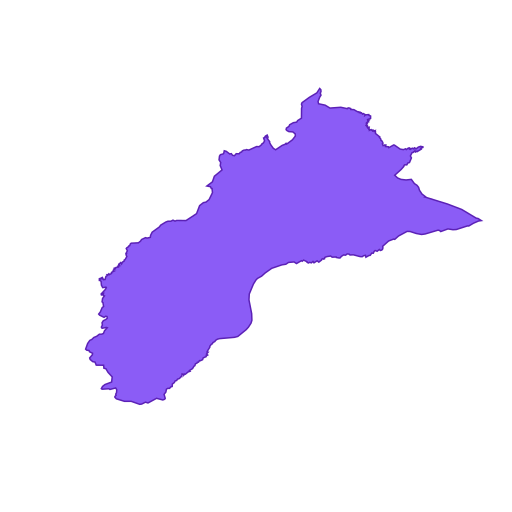 the district of Namtumbo, Ruvuma, United Republic of Tanzania, rotated 54°
{"feature_id": "72390352B4837835329020", "entity_name": "Namtumbo", "entity_type": "district", "adm_level": 2, "iso_a3": "TZA", "parent_name": "United Republic of Tanzania", "parent_adm1": "Ruvuma", "projection": "equal_earth", "projection_center": [36.206, -10.673], "detail": "fine", "context": "isolated", "style": "filled", "palette": "violet", "viewbox_px": 512, "rotation_deg": 54, "n_neighbors": 0, "source": "geoboundaries", "source_scale": "gbopen_adm2", "svg_char_len": 6030}
<svg xmlns="http://www.w3.org/2000/svg" viewBox="0 0 512 512"><g transform="rotate(54 256 256)"><path d="M359.8,52.9L356.2,54.3L354.8,55.6L339.3,62.2L326.4,70.6L307.7,84.6L307.8,84.0L303.4,85.3L298.9,85.1L296.0,84.1L293.4,84.2L290.5,85.3L285.3,85.3L282.7,89.9L279.2,93.7L276.0,95.6L272.2,96.3L271.3,87.7L270.4,83.7L269.7,82.9L269.7,82.0L270.9,80.4L270.0,78.5L270.6,76.9L268.0,72.6L265.8,72.3L264.1,68.9L264.6,68.0L264.3,67.0L264.9,66.3L264.3,65.5L265.6,65.8L265.8,64.2L266.3,64.2L266.7,59.5L265.7,59.4L266.3,57.2L265.8,56.8L264.0,58.4L263.3,60.7L263.4,63.3L261.6,64.2L261.8,65.6L260.6,66.2L260.4,68.7L259.6,69.0L259.4,68.1L258.6,68.4L258.2,69.5L258.2,71.9L257.2,72.0L256.6,74.2L254.3,76.5L247.7,78.8L247.1,79.3L246.4,84.9L245.4,84.7L243.6,86.9L242.7,85.9L242.5,86.6L241.9,86.4L241.4,88.3L239.5,87.8L239.5,87.1L238.7,86.7L236.7,86.5L236.0,87.0L234.8,86.3L232.5,86.4L232.4,85.9L227.1,87.3L225.5,86.2L224.9,86.9L224.5,86.0L223.5,88.1L222.8,87.4L222.1,88.6L221.5,88.5L221.0,90.4L220.3,89.8L219.8,90.2L219.0,89.3L218.5,90.0L218.1,89.0L217.3,90.2L216.2,89.4L216.2,90.1L215.0,90.3L214.2,88.2L213.5,88.7L213.1,88.2L213.6,86.1L212.7,86.3L212.6,85.2L212.1,86.0L211.2,85.6L212.0,82.4L210.1,81.0L208.6,81.9L207.9,81.6L206.3,84.2L206.3,85.3L205.7,84.6L203.9,85.4L203.8,86.4L202.1,86.5L201.7,87.4L201.0,87.2L200.7,88.2L199.8,88.0L199.1,89.0L195.1,90.8L193.2,93.2L192.4,92.7L190.8,93.8L190.3,94.6L190.5,95.5L185.5,100.0L179.8,109.2L174.6,111.4L169.6,115.9L167.5,115.0L165.0,111.2L164.1,108.9L162.1,108.3L161.1,106.7L159.6,105.8L157.9,106.0L159.8,110.9L159.0,119.6L159.0,128.6L159.9,130.0L162.0,130.7L163.4,132.4L171.2,138.2L170.9,142.7L171.6,144.4L170.1,147.4L169.6,151.6L170.5,153.2L170.4,156.2L171.5,157.4L172.8,157.2L174.7,156.3L177.2,153.3L180.2,152.5L182.1,153.7L183.4,158.2L183.5,164.4L183.3,165.6L182.5,165.5L182.7,166.9L181.9,169.8L181.6,177.7L179.1,178.7L175.1,178.7L172.4,178.4L171.5,177.7L168.0,177.8L166.9,176.4L164.7,175.9L164.7,177.3L165.7,177.9L164.6,178.1L165.2,179.6L165.0,180.5L167.9,181.4L168.9,183.6L168.7,185.2L169.2,185.9L169.4,189.2L167.8,191.2L166.1,199.5L164.2,201.3L164.2,202.1L163.3,203.4L162.9,205.3L163.4,206.6L162.9,207.8L163.4,209.5L161.6,211.9L162.2,214.5L160.8,215.8L158.7,215.8L158.0,217.3L153.9,218.5L152.2,219.8L153.9,221.7L154.1,222.6L153.1,225.2L153.7,226.8L156.5,229.4L159.6,229.6L161.8,231.8L166.4,232.9L167.0,242.8L170.4,247.7L170.5,254.6L173.2,252.1L175.1,252.5L175.6,251.9L179.2,254.0L182.8,260.8L183.0,264.8L181.9,267.2L182.1,272.0L186.8,279.2L186.2,291.8L180.6,299.3L180.2,301.0L178.2,302.1L177.8,304.5L176.1,306.8L175.5,309.0L175.0,315.0L175.7,317.1L175.7,326.0L177.3,329.1L178.8,330.5L177.5,333.6L176.2,334.6L175.4,338.9L176.1,340.7L176.2,343.4L172.3,349.4L172.3,350.4L173.4,352.2L173.1,353.0L173.6,354.6L173.4,355.6L173.7,356.6L176.2,357.0L177.5,359.7L178.1,359.4L178.5,360.4L180.5,360.8L182.0,364.1L181.8,364.9L182.7,366.0L182.4,367.6L183.4,369.4L181.8,369.3L182.0,371.2L182.7,371.6L182.1,372.0L182.8,372.8L183.6,372.4L183.1,373.8L184.0,373.9L183.0,375.9L183.4,377.1L182.8,377.1L182.6,377.9L183.6,377.7L183.5,379.6L184.3,380.7L184.7,380.2L184.3,382.6L185.2,383.1L184.9,385.5L183.9,385.5L184.1,386.7L183.6,387.4L184.4,387.4L184.3,389.4L186.3,391.9L185.5,393.3L183.0,392.9L182.9,393.5L184.0,393.9L183.2,394.5L183.2,396.1L182.5,395.4L182.3,396.1L183.7,397.1L184.3,396.4L185.6,396.3L188.7,398.2L191.5,398.6L193.0,395.7L193.7,395.7L194.6,397.9L195.7,403.6L196.6,403.9L196.8,401.5L198.0,402.8L199.2,402.1L200.1,405.0L202.6,407.5L203.7,407.2L207.3,409.0L207.3,410.7L209.8,414.9L210.5,417.4L211.9,417.3L216.3,415.0L216.4,413.0L217.4,412.1L218.9,412.8L219.1,414.7L218.6,417.6L219.5,419.8L221.6,420.9L222.6,422.9L224.0,423.0L225.8,419.1L226.6,418.5L227.4,422.4L229.0,425.0L228.5,426.9L227.2,428.7L227.3,432.1L226.6,435.1L227.0,437.8L226.6,440.1L227.8,443.6L231.2,448.6L232.7,448.3L234.4,446.6L235.6,447.0L238.6,445.4L239.7,446.4L240.7,450.5L242.3,451.0L245.5,450.2L247.2,448.6L250.4,449.4L254.8,443.5L257.4,445.0L259.0,443.7L263.2,444.1L269.3,443.4L273.1,446.9L271.2,453.7L271.3,456.8L272.4,459.1L273.3,458.8L276.9,453.1L278.1,452.6L280.3,447.1L282.4,447.3L284.6,449.2L285.3,450.7L286.4,451.0L286.7,452.7L287.4,453.2L289.5,452.9L296.3,447.8L300.2,442.4L307.6,437.3L308.6,435.5L309.3,431.3L311.4,429.8L312.7,420.1L317.7,416.0L318.2,414.1L317.8,413.1L313.9,411.7L313.1,408.9L311.1,406.8L311.2,405.2L312.3,403.7L311.8,402.1L312.3,400.5L310.4,398.9L310.4,396.5L309.5,394.8L310.1,393.4L309.5,392.0L310.1,389.9L309.5,387.2L309.9,386.9L308.0,385.1L309.2,384.3L309.8,384.5L309.3,383.5L309.9,383.5L310.1,382.5L309.9,379.1L310.5,377.1L309.5,377.2L309.8,373.5L308.7,371.0L308.8,369.9L307.6,368.4L308.0,366.7L307.5,365.9L308.1,364.9L307.4,363.2L308.0,362.7L308.5,360.2L307.4,358.6L308.1,355.5L307.5,355.1L307.7,353.3L306.2,353.7L305.7,351.4L305.1,352.1L304.6,351.7L302.6,346.9L301.9,346.5L301.1,343.8L301.4,342.9L300.7,341.8L301.0,339.5L300.5,338.4L300.6,336.2L301.4,334.1L309.1,321.3L310.4,318.0L309.8,307.2L309.1,303.9L307.4,299.5L305.6,297.1L300.1,293.4L287.4,287.5L282.8,283.8L277.2,274.6L275.4,270.2L275.0,268.0L275.6,263.3L275.1,258.5L275.2,250.5L278.4,240.2L280.2,236.7L280.3,233.5L283.2,228.7L285.9,227.7L286.5,222.0L287.4,221.7L287.3,219.9L290.6,218.1L291.0,218.4L292.4,217.8L292.7,216.3L294.1,215.2L293.9,213.1L295.6,213.1L295.8,209.4L297.9,208.8L297.8,205.3L297.3,204.8L297.5,203.4L298.3,203.1L298.5,202.1L297.7,201.5L297.6,200.7L298.3,198.7L299.9,195.6L301.7,195.1L303.9,191.7L304.4,191.9L306.6,189.8L307.0,188.8L306.5,187.4L306.6,184.6L308.0,183.0L307.9,181.0L309.3,179.5L310.4,179.4L312.2,176.6L317.7,172.1L319.0,170.5L319.0,168.8L319.8,167.0L321.6,167.8L322.0,164.3L322.6,163.2L321.7,160.7L322.7,159.4L321.7,157.7L321.6,156.4L323.4,155.2L323.2,152.4L324.6,152.2L325.1,150.8L325.0,149.8L324.1,148.6L322.6,147.8L321.8,139.9L323.2,134.7L324.1,134.0L323.6,128.9L324.9,119.3L326.8,116.9L332.0,113.1L335.9,109.4L337.6,106.2L342.1,93.5L343.3,92.5L344.8,92.2L346.9,84.8L350.5,81.2L352.3,78.4L355.9,67.4L356.8,66.2L357.3,60.8L358.5,55.4L359.8,52.9Z" fill="#8b5cf6" stroke="#5b21b6" stroke-width="1.5"/></g></svg>